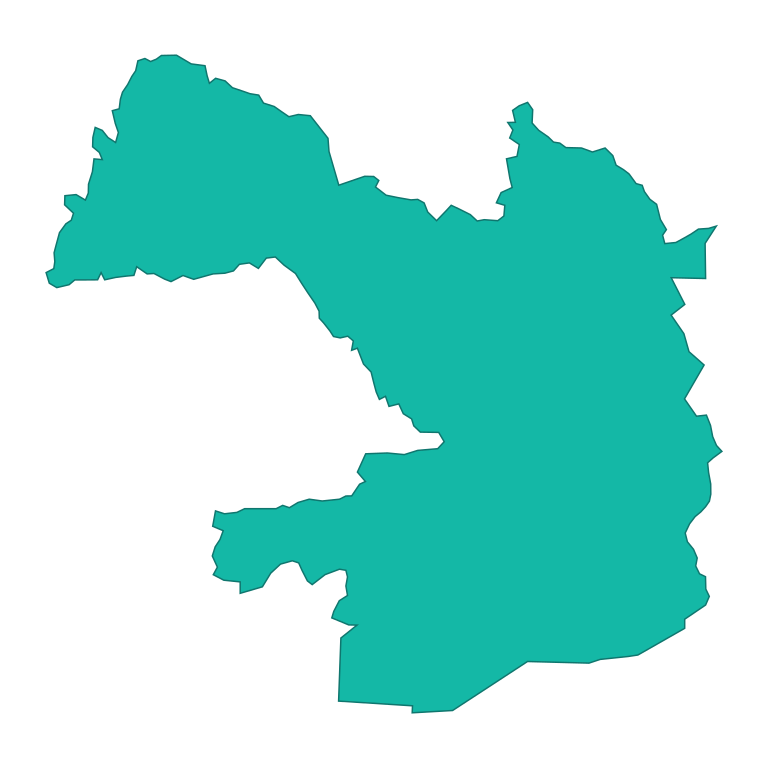 Sinimbu, Rio Grande do Sul, Brazil
{"feature_id": "56859067B40760381762709", "entity_name": "Sinimbu", "entity_type": "district", "adm_level": 2, "iso_a3": "BRA", "parent_name": "Brazil", "parent_adm1": "Rio Grande do Sul", "projection": "orthographic", "projection_center": [-52.601, -29.445], "detail": "fine", "context": "isolated", "style": "filled", "palette": "teal", "viewbox_px": 768, "rotation_deg": 0, "n_neighbors": 0, "source": "geoboundaries", "source_scale": "gbopen_adm2", "svg_char_len": 3396}
<svg xmlns="http://www.w3.org/2000/svg" viewBox="0 0 768 768"><path d="M512.6,110.4L515.4,122.3L507.8,122.5L512.9,130.0L509.7,138.0L519.3,144.5L517.0,156.4L506.5,158.8L509.9,178.6L512.2,187.5L501.1,192.6L496.4,202.8L504.8,205.3L503.9,216.0L497.8,220.7L484.2,219.7L477.2,221.0L470.3,214.6L459.1,209.0L451.2,205.3L446.5,210.4L436.6,220.7L427.7,212.0L424.1,202.9L417.7,199.4L411.0,199.9L397.9,197.6L386.1,195.2L375.5,187.0L378.8,180.5L373.7,176.5L364.7,176.3L338.8,185.2L329.0,151.5L328.0,138.3L310.3,115.7L298.3,114.5L288.9,116.7L281.3,111.5L274.2,106.5L263.5,103.1L258.7,95.1L250.0,93.7L243.4,91.4L232.4,87.7L225.1,80.9L215.6,78.3L209.4,83.3L207.1,75.7L205.0,65.7L191.2,63.9L176.5,55.2L161.4,55.5L156.3,59.2L150.6,61.5L144.9,58.5L137.9,60.8L135.7,70.7L131.8,76.5L127.7,84.5L122.5,92.2L120.4,99.2L119.2,108.8L112.3,110.7L115.3,123.5L118.4,132.5L115.6,142.5L108.0,137.6L102.3,130.4L95.2,127.4L92.9,137.4L92.6,146.8L99.3,152.4L102.3,159.6L94.0,158.9L92.4,171.8L88.5,184.2L88.3,193.1L85.4,200.1L76.1,194.6L64.9,195.7L64.6,204.8L73.5,213.2L71.3,220.2L65.9,223.8L59.5,232.6L56.0,245.5L54.1,252.8L54.8,261.6L53.8,268.6L46.1,272.6L49.3,283.2L56.8,287.6L69.1,284.7L74.8,279.9L84.5,279.9L97.6,279.8L101.1,272.6L104.7,279.8L115.7,277.4L126.3,276.1L133.9,275.4L136.7,266.7L147.1,273.9L154.0,273.5L164.6,279.1L171.0,281.6L183.0,275.5L193.7,279.3L213.1,273.9L224.9,273.2L233.5,270.9L239.4,264.3L249.4,262.9L258.4,268.4L266.3,258.1L275.4,257.0L284.0,265.1L295.5,273.5L301.5,283.1L308.1,293.2L314.9,303.1L319.1,311.2L319.3,318.2L323.6,322.9L329.9,330.9L333.5,336.5L340.2,337.9L347.8,336.2L353.3,340.9L351.6,350.3L357.4,348.2L363.5,364.0L371.1,372.0L373.9,383.3L376.2,391.9L379.4,399.4L385.5,396.3L389.0,406.4L398.8,403.9L403.3,413.7L411.6,418.9L413.8,425.9L420.3,432.1L438.7,432.4L444.2,441.7L437.7,448.7L417.7,450.4L404.3,454.6L387.4,453.0L365.7,453.8L357.4,472.1L365.4,481.5L359.6,484.2L351.7,495.9L345.9,496.0L339.5,499.2L322.2,501.0L309.2,499.2L298.0,502.5L289.4,507.7L282.7,505.4L276.1,508.7L257.5,508.7L244.6,508.7L236.9,512.4L224.5,513.8L215.5,510.9L212.7,526.3L223.2,530.7L220.0,539.5L215.2,546.8L212.3,556.0L217.4,567.1L213.3,574.7L223.8,580.2L240.2,581.9L240.2,593.3L262.4,586.8L270.7,573.2L280.5,564.1L292.3,560.8L298.7,562.9L302.0,570.3L307.4,580.9L312.2,584.6L325.1,574.6L339.5,569.2L345.9,570.3L347.5,576.9L345.9,586.0L347.5,595.5L339.3,600.7L333.8,611.3L331.8,617.9L348.7,624.9L357.0,625.1L340.9,638.0L338.6,701.1L412.5,705.8L412.2,712.8L452.6,710.5L527.5,661.5L589.0,663.1L600.2,659.4L628.0,656.5L637.9,655.0L684.7,628.3L684.7,619.2L705.6,605.0L709.3,596.4L705.8,589.1L705.5,576.7L699.5,573.8L695.7,566.0L697.2,558.0L693.5,549.3L687.4,541.8L685.2,533.0L689.6,523.8L695.1,516.6L700.8,511.9L705.6,506.7L709.4,501.2L710.8,494.2L710.7,484.0L708.6,472.6L707.6,462.8L713.1,457.9L721.9,451.4L716.5,445.5L712.7,436.7L710.5,425.4L706.4,415.1L696.5,416.2L684.5,398.9L704.1,365.0L689.0,351.7L683.9,333.7L671.1,315.1L684.8,304.4L671.2,277.7L705.6,278.5L705.1,243.4L716.3,226.1L708.6,228.4L698.4,229.1L691.0,234.1L684.5,237.8L675.9,242.5L664.8,243.6L662.6,235.2L666.4,229.6L660.4,219.5L656.6,204.3L649.9,199.3L644.4,191.6L642.2,185.3L636.1,183.6L629.1,174.0L623.8,169.9L616.1,165.2L612.8,155.6L605.1,148.0L592.4,152.0L581.5,148.0L565.9,147.6L559.8,143.1L553.5,142.1L548.3,137.0L538.7,130.3L532.1,123.0L532.7,109.7L527.6,102.4L519.3,105.7L512.6,110.4Z" fill="#14b8a6" stroke="#0f766e" stroke-width="1.5"/></svg>